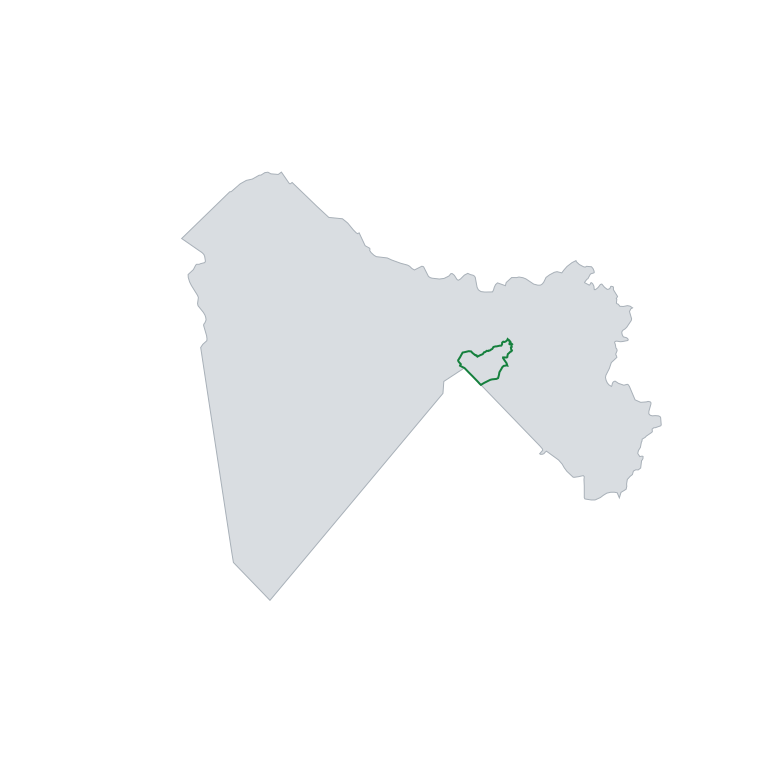 Niono, Ségou, Mali shown in context, rotated 226°
{"feature_id": "8926073B49172345831470", "entity_name": "Niono", "entity_type": "district", "adm_level": 2, "iso_a3": "MLI", "parent_name": "Mali", "parent_adm1": "Ségou", "projection": "mercator", "projection_center": [-5.761, 14.688], "detail": "fine", "context": "in_parent", "style": "outline", "palette": "green", "viewbox_px": 768, "rotation_deg": 226, "n_neighbors": 0, "source": "geoboundaries", "source_scale": "gbopen_adm2", "svg_char_len": 5664}
<svg xmlns="http://www.w3.org/2000/svg" viewBox="0 0 768 768"><g transform="rotate(226 384 384)"><path d="M165.1,547.8L165.3,545.5L163.3,543.9L163.2,543.1L164.3,536.5L164.2,534.7L165.0,531.4L163.7,529.9L163.4,528.8L160.3,524.4L159.4,520.8L157.8,518.3L154.1,517.6L152.8,519.6L151.9,520.0L150.5,518.5L150.0,517.2L150.0,516.1L145.3,510.3L145.6,507.2L147.4,505.5L148.1,502.9L146.3,499.8L146.6,496.9L146.3,492.7L143.6,489.1L141.7,487.5L140.1,485.0L141.4,479.2L138.6,474.2L143.8,476.2L146.3,474.4L148.7,471.8L150.7,468.5L151.6,464.4L152.0,460.8L154.0,455.2L156.5,452.6L161.7,448.7L163.1,449.1L171.6,457.3L176.4,461.5L178.2,463.7L179.7,463.7L182.1,459.7L184.6,456.2L185.6,455.3L194.1,454.9L198.6,455.5L202.5,456.5L208.1,456.8L222.8,454.2L223.0,452.6L222.8,450.6L223.4,449.2L224.6,447.8L225.7,447.5L226.1,452.2L227.3,452.9L230.8,453.1L339.7,453.1L344.3,428.8L336.3,419.9L307.6,151.7L360.2,151.7L369.3,158.0L537.6,277.5L538.4,281.3L538.2,286.6L539.5,288.1L541.9,289.9L551.4,294.9L552.2,295.9L552.5,297.9L553.7,300.5L555.7,302.0L558.0,303.1L560.9,303.8L569.5,304.6L571.4,305.8L575.1,310.5L577.1,311.4L588.7,313.9L592.5,315.1L596.6,317.2L598.8,319.1L598.7,326.4L600.3,331.1L600.3,332.3L598.5,334.2L598.0,335.6L595.9,339.3L596.3,340.8L600.3,343.6L602.3,344.4L604.7,344.4L629.2,339.5L629.4,406.6L628.5,407.7L627.9,419.5L626.1,426.4L622.9,431.6L620.9,439.2L619.7,440.7L618.8,445.1L617.0,447.6L613.8,448.6L608.2,453.5L607.7,457.4L594.5,455.2L593.6,455.3L593.0,455.8L592.8,457.9L558.8,459.1L542.2,460.0L531.7,468.9L524.9,469.7L516.4,469.0L512.1,469.0L510.4,469.5L510.0,471.1L496.6,466.5L491.5,468.0L490.7,467.5L490.1,466.5L487.6,466.0L483.8,466.2L481.0,466.9L472.4,473.9L467.8,475.7L459.2,479.9L453.2,483.5L451.0,484.2L447.7,484.3L444.9,485.1L442.4,493.1L440.8,493.9L430.5,490.7L428.5,491.1L426.7,492.1L421.0,496.8L418.2,500.6L416.6,505.6L416.9,508.9L415.9,509.8L413.3,510.1L408.5,509.1L407.0,509.5L406.4,512.0L406.5,517.4L405.4,521.1L402.6,522.2L400.4,523.6L398.7,524.0L397.3,523.7L389.0,518.2L386.2,517.3L383.2,517.9L380.2,520.3L374.9,526.0L375.5,528.0L376.9,530.4L378.0,533.3L377.9,535.9L370.4,539.6L372.1,542.4L371.9,549.8L368.5,553.2L367.2,555.4L363.9,557.8L361.0,559.1L351.8,561.1L348.1,563.4L346.4,565.3L346.0,567.3L346.3,569.7L348.1,574.6L347.5,579.0L346.0,584.2L344.6,586.5L340.4,589.1L341.0,592.5L341.4,597.3L340.7,603.6L339.4,607.8L338.4,607.3L334.3,607.5L329.9,608.9L328.3,609.9L328.0,611.4L324.2,614.7L321.8,614.5L319.4,613.6L318.2,612.7L318.1,612.2L319.5,609.5L319.6,608.5L318.1,603.8L318.4,602.6L317.8,598.9L317.5,598.7L312.6,600.3L312.4,601.0L313.1,603.3L312.6,603.7L310.9,603.7L308.5,602.9L305.8,600.8L305.1,601.5L304.8,603.2L304.7,605.2L305.3,608.8L304.6,610.1L300.5,609.8L297.0,610.3L296.1,611.6L295.8,613.0L296.6,614.6L296.5,615.3L295.0,616.3L294.3,616.3L292.4,614.5L284.7,612.8L284.1,610.4L283.2,610.3L280.7,607.3L279.7,607.4L278.8,607.9L275.9,607.7L273.3,610.3L271.3,613.5L269.2,615.0L266.1,615.7L266.6,613.7L265.6,610.9L258.9,607.4L257.9,605.9L256.2,598.0L256.2,595.6L256.7,593.5L256.5,591.9L255.8,590.7L253.8,589.5L251.7,588.9L249.0,590.5L247.8,590.8L246.6,590.7L246.0,590.1L246.1,589.3L248.9,585.0L250.3,583.3L253.2,581.2L253.9,580.1L254.0,579.3L253.7,578.7L251.8,577.9L248.9,575.9L247.3,575.7L246.0,574.8L244.7,571.7L244.0,571.1L242.6,570.7L241.4,570.0L241.5,562.4L238.6,556.8L236.1,549.6L234.8,547.8L232.5,546.4L229.7,545.4L227.2,545.2L224.3,545.9L224.4,546.6L225.9,548.9L226.2,550.2L226.0,551.5L225.4,552.3L221.6,553.1L216.5,555.7L214.8,558.8L213.7,559.2L211.7,558.8L198.2,553.6L192.5,555.9L188.8,560.4L188.0,561.9L186.2,563.1L185.3,563.1L184.3,562.3L180.3,555.5L178.6,553.8L176.5,553.8L174.7,554.9L172.8,557.2L170.4,559.3L168.9,559.9L167.6,559.6L162.0,555.0L161.7,554.0L164.2,548.6L165.1,547.8Z" fill="#d9dde1" stroke="#a8b0b8" stroke-width="1"/><path d="M311.6,485.5L313.8,486.6L318.1,487.3L320.1,487.7L320.4,488.2L317.8,490.7L317.8,491.6L318.5,492.3L319.5,493.9L319.4,495.2L319.4,497.6L319.0,498.2L319.1,498.9L319.3,499.4L320.5,499.5L322.2,500.7L322.0,501.7L322.3,501.8L322.7,502.0L323.0,502.3L323.2,502.6L323.5,503.0L323.6,503.3L323.6,503.5L323.6,503.8L324.8,503.7L324.5,502.9L325.0,502.1L325.7,502.0L326.0,502.5L326.1,503.6L326.4,504.2L327.0,504.3L327.1,504.2L327.1,503.8L327.2,503.7L327.3,503.7L327.5,503.8L328.0,504.3L328.3,504.4L328.5,504.4L328.8,504.2L329.0,504.3L329.4,504.3L329.8,504.2L330.1,504.1L330.4,504.1L329.9,502.9L330.0,501.3L330.4,500.1L330.5,499.9L330.8,499.6L331.3,499.4L331.6,499.2L331.6,498.8L331.7,498.5L331.7,498.3L331.6,497.6L331.0,497.0L330.6,496.6L330.1,495.1L331.3,493.7L331.7,493.0L332.8,491.2L333.6,490.3L334.6,488.5L334.0,486.2L334.4,485.1L334.4,484.1L334.8,483.0L335.2,482.8L335.3,481.9L336.5,481.0L336.7,478.9L337.3,478.1L337.1,477.0L336.9,475.7L337.9,473.2L338.7,470.6L338.8,470.2L339.3,470.3L339.6,470.2L339.9,470.4L340.0,470.4L340.2,470.5L340.4,470.4L340.5,470.1L340.7,469.9L340.9,469.9L341.2,469.8L341.3,469.8L341.5,469.9L341.9,469.5L342.3,469.5L342.6,469.5L343.4,469.4L343.7,469.4L344.6,469.2L346.9,469.3L348.8,467.7L350.9,464.1L352.0,462.4L351.1,459.4L350.4,457.3L350.4,456.9L350.2,456.6L350.2,456.2L350.1,455.9L350.0,455.6L349.8,454.8L349.7,454.1L349.4,453.8L349.4,453.7L348.9,453.4L348.7,453.3L348.1,453.2L347.3,453.1L347.0,453.1L346.0,453.1L345.6,453.1L345.1,453.1L344.9,453.0L344.9,452.9L344.8,452.6L344.7,452.4L344.6,452.2L344.6,451.8L344.4,451.4L342.1,452.1L340.2,452.8L339.6,453.0L338.8,453.0L337.3,453.0L333.3,453.0L328.2,453.1L325.2,453.1L322.9,453.1L320.5,453.1L317.6,453.0L316.1,453.1L315.2,456.9L313.2,463.3L312.3,464.9L309.5,468.5L309.0,470.2L310.8,473.2L312.3,475.2L313.3,478.9L313.9,480.7L313.9,482.7L313.1,483.7L312.5,484.9L311.6,485.5Z" fill="none" stroke="#15803d" stroke-width="2"/></g></svg>